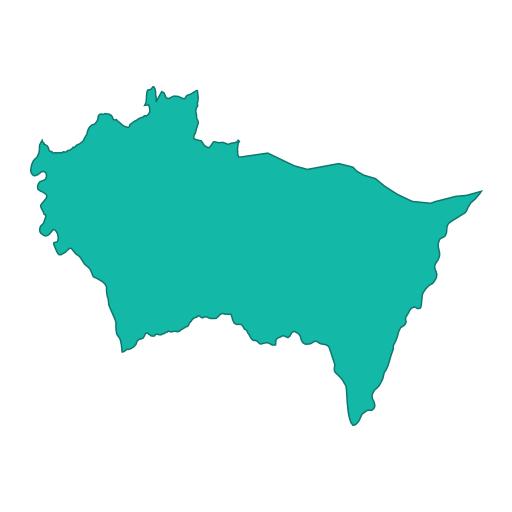 Porto dos Gaúchos, Mato Grosso, Brazil (Equal Earth projection)
{"feature_id": "56859067B32665720516064", "entity_name": "Porto dos Gaúchos", "entity_type": "district", "adm_level": 2, "iso_a3": "BRA", "parent_name": "Brazil", "parent_adm1": "Mato Grosso", "projection": "equal_earth", "projection_center": [-56.839, -11.773], "detail": "fine", "context": "isolated", "style": "filled", "palette": "teal", "viewbox_px": 512, "rotation_deg": 0, "n_neighbors": 0, "source": "geoboundaries", "source_scale": "gbopen_adm2", "svg_char_len": 5973}
<svg xmlns="http://www.w3.org/2000/svg" viewBox="0 0 512 512"><path d="M481.3,191.3L466.9,195.3L455.7,196.4L435.2,201.6L430.6,203.3L412.2,201.4L397.3,194.3L384.5,186.1L375.4,178.6L363.6,175.1L356.4,170.9L353.0,167.2L347.7,165.8L338.7,163.6L307.4,169.4L294.2,165.8L267.8,153.1L239.3,157.2L238.5,156.6L237.6,153.9L237.8,151.5L237.4,150.4L238.1,143.4L239.4,141.4L238.1,140.3L237.2,141.6L236.4,142.1L234.6,142.7L230.9,143.3L228.3,144.4L223.1,142.4L218.5,142.7L214.4,141.7L213.2,142.1L210.5,146.3L209.3,147.5L207.9,147.5L207.0,147.1L204.4,145.5L201.2,140.8L196.7,139.9L195.9,139.4L194.1,139.0L193.8,137.4L194.0,135.3L195.4,133.1L196.3,129.2L198.3,123.1L198.1,121.4L196.6,118.0L196.5,114.7L195.8,111.7L196.1,108.5L196.6,107.5L197.5,106.5L197.6,105.0L197.3,103.5L197.8,101.8L198.2,97.5L197.4,90.6L196.3,90.7L190.4,94.3L187.0,95.4L186.3,96.2L185.1,98.2L184.1,98.8L182.0,98.1L178.2,96.4L173.7,96.1L168.9,98.5L167.7,98.4L166.1,97.7L164.1,93.0L161.7,91.6L156.0,102.0L156.2,97.1L155.7,95.4L155.6,91.6L154.9,88.7L153.9,86.9L152.9,86.8L151.1,89.1L150.2,89.6L147.8,90.0L147.0,91.7L146.5,95.4L146.2,101.5L146.0,102.6L144.6,105.4L148.6,104.9L149.5,107.6L149.8,110.6L149.6,112.3L148.6,114.0L146.3,116.2L145.3,115.7L144.3,115.8L142.9,117.1L139.1,118.4L136.8,120.1L134.7,121.1L129.9,124.6L129.4,126.5L128.2,127.5L123.5,126.0L119.5,122.4L118.1,121.6L116.3,119.5L114.9,120.1L112.9,119.0L112.6,117.3L111.3,115.4L108.9,114.0L107.6,114.2L106.3,113.6L105.0,113.6L103.6,114.4L100.7,114.0L99.2,114.7L98.3,116.1L98.1,117.9L97.3,120.7L95.5,123.1L94.2,124.3L92.0,124.9L89.7,126.9L88.6,128.5L87.3,131.9L87.1,133.6L86.6,134.9L85.5,136.3L85.0,137.6L84.3,138.3L83.9,139.7L83.1,141.1L79.5,143.9L77.3,144.8L75.9,145.7L75.2,146.9L74.5,147.5L73.1,147.2L72.2,148.4L70.0,150.2L67.8,150.5L66.0,152.1L63.0,151.8L62.3,152.9L59.5,152.7L58.0,152.9L55.0,152.7L53.2,153.3L51.7,151.5L50.6,151.5L49.1,150.6L48.6,148.3L47.3,146.0L45.1,144.6L44.0,144.4L44.0,143.1L42.7,142.1L42.1,140.3L39.9,144.4L39.5,145.5L39.4,150.0L38.8,153.2L37.6,156.1L36.6,157.7L35.4,158.5L33.3,161.0L31.6,164.9L30.7,169.9L30.8,171.5L31.4,173.1L32.4,174.6L33.6,175.5L34.4,175.7L35.4,175.7L37.9,174.6L41.2,172.0L42.4,171.6L43.7,171.5L45.0,172.1L45.8,172.9L46.3,174.1L46.5,175.7L46.2,177.8L45.4,179.1L44.5,180.0L40.1,181.6L38.5,183.5L37.7,185.9L37.6,187.5L37.9,189.2L40.0,190.8L42.8,192.1L44.5,193.2L45.9,194.3L46.8,195.5L46.8,197.0L46.1,198.3L40.8,205.0L40.7,206.6L41.3,208.2L42.7,210.7L44.2,214.4L45.7,215.0L45.8,216.6L43.5,223.3L40.6,226.1L40.0,227.7L39.7,229.7L40.0,231.9L40.8,233.2L43.3,235.1L44.7,235.8L46.8,235.8L48.7,234.8L51.7,231.5L52.4,230.4L53.6,229.4L55.0,230.1L56.4,231.6L57.6,234.1L58.2,237.3L58.1,238.9L57.9,240.3L57.5,241.4L56.6,242.1L54.8,242.3L53.8,242.8L53.8,244.4L54.3,245.8L56.8,251.6L58.0,253.7L59.1,254.7L60.8,254.8L65.5,252.2L66.6,250.9L69.1,248.7L70.1,248.2L71.4,248.5L75.7,253.8L78.5,255.7L80.0,257.1L84.8,264.4L88.7,267.6L90.4,269.7L93.1,276.3L93.9,277.1L96.1,278.0L102.4,281.6L104.6,283.7L106.0,285.6L106.5,287.3L106.5,290.9L106.8,293.4L107.4,296.7L108.3,299.5L108.7,304.5L109.7,307.2L114.5,318.2L115.7,321.5L116.0,323.1L115.9,326.7L116.1,330.1L116.6,333.5L117.4,335.1L119.9,338.7L120.4,340.3L121.4,344.9L122.1,352.0L123.5,351.8L125.6,350.4L126.4,349.5L129.0,349.3L130.5,348.8L133.8,346.8L136.0,344.3L137.0,341.3L138.0,340.2L139.8,339.0L140.8,339.1L143.4,337.9L145.3,333.9L146.7,333.0L148.0,333.2L148.9,334.5L150.0,334.7L150.6,335.7L153.3,336.2L154.8,335.7L155.3,334.6L156.3,334.2L157.5,334.2L158.9,334.8L159.8,334.6L161.0,334.9L161.8,334.2L164.4,333.5L165.5,332.5L166.8,332.3L168.1,331.3L169.6,331.4L170.8,331.9L171.8,331.9L174.0,331.2L177.9,331.7L179.3,331.3L180.9,329.9L184.2,328.0L185.1,327.2L187.3,326.5L188.1,325.9L189.7,322.6L190.9,321.6L191.8,320.1L193.8,318.1L195.9,317.5L197.2,316.8L198.2,315.7L200.3,316.6L201.3,317.5L202.6,317.9L204.2,317.0L205.5,316.7L207.0,317.1L209.7,318.3L211.2,318.5L214.4,318.5L216.3,318.3L217.4,317.1L218.7,316.2L219.8,314.7L222.5,313.4L224.8,314.2L226.1,314.1L228.6,314.4L230.2,314.0L231.0,314.5L232.0,317.2L232.6,319.7L234.0,322.8L235.2,323.8L236.5,324.4L241.1,324.4L242.5,325.6L244.4,329.0L245.8,329.7L247.2,331.3L247.8,333.0L248.8,334.2L251.5,339.0L253.4,340.4L255.4,340.5L257.3,341.3L259.7,343.8L261.0,344.0L265.1,342.9L267.9,342.8L269.2,343.3L271.6,344.7L273.5,345.1L275.6,344.9L275.9,340.2L276.5,339.2L277.7,338.0L280.6,336.9L282.5,335.8L284.3,336.0L287.8,337.6L288.8,337.1L289.8,336.1L291.6,332.9L293.6,331.4L294.9,331.6L298.7,333.9L300.2,336.0L301.4,340.2L302.1,341.5L303.0,342.7L304.7,343.9L305.8,344.2L309.5,344.0L311.4,343.3L314.4,341.4L316.4,341.3L320.3,343.7L326.1,344.8L327.7,345.7L328.8,346.8L329.5,348.3L334.8,364.5L334.3,368.6L334.4,370.8L335.2,372.4L339.7,376.7L341.5,378.8L343.2,381.0L343.8,382.5L345.3,384.7L346.0,386.2L346.5,390.2L347.3,403.2L348.0,410.2L348.7,414.8L349.7,418.9L350.8,422.2L352.7,425.1L354.2,425.2L355.7,424.5L358.3,421.8L359.6,419.6L361.6,414.9L362.3,414.0L366.8,410.6L368.0,410.2L371.6,410.4L373.3,409.1L374.1,408.1L374.8,406.5L374.6,403.8L373.7,401.2L372.4,398.6L372.1,396.9L372.1,395.3L373.0,392.8L374.2,390.6L375.3,389.2L376.9,388.2L379.4,385.3L382.3,379.8L383.1,377.6L384.1,373.1L384.7,371.7L385.5,370.9L387.4,367.1L388.7,363.5L391.2,354.9L393.4,348.7L393.2,346.5L393.7,344.8L395.5,341.5L397.4,336.6L398.6,331.8L400.5,327.8L404.0,325.5L405.2,324.2L405.8,323.0L406.1,321.9L405.6,319.5L405.6,317.6L407.6,314.4L410.3,309.4L411.1,308.6L413.6,307.1L415.2,307.2L417.3,308.4L418.5,308.6L420.2,308.2L421.0,306.7L421.4,304.3L422.3,295.0L423.1,292.8L425.3,289.4L428.7,285.8L430.0,284.8L432.3,283.7L433.5,282.5L435.9,278.7L436.5,277.1L436.8,274.5L436.2,271.7L435.2,269.7L434.7,267.6L434.8,265.5L435.5,263.7L438.0,260.0L439.4,256.5L439.6,254.8L439.6,252.8L438.2,246.6L438.2,244.8L438.3,243.3L439.4,239.9L440.3,238.7L444.6,236.5L445.4,235.4L446.2,233.7L446.6,231.9L447.0,226.7L448.0,224.3L448.8,223.3L451.7,221.1L465.0,212.8L466.6,210.7L468.3,206.8L470.6,203.1L475.4,198.8L479.8,193.6L481.3,191.3Z" fill="#14b8a6" stroke="#0f766e" stroke-width="1.5"/></svg>